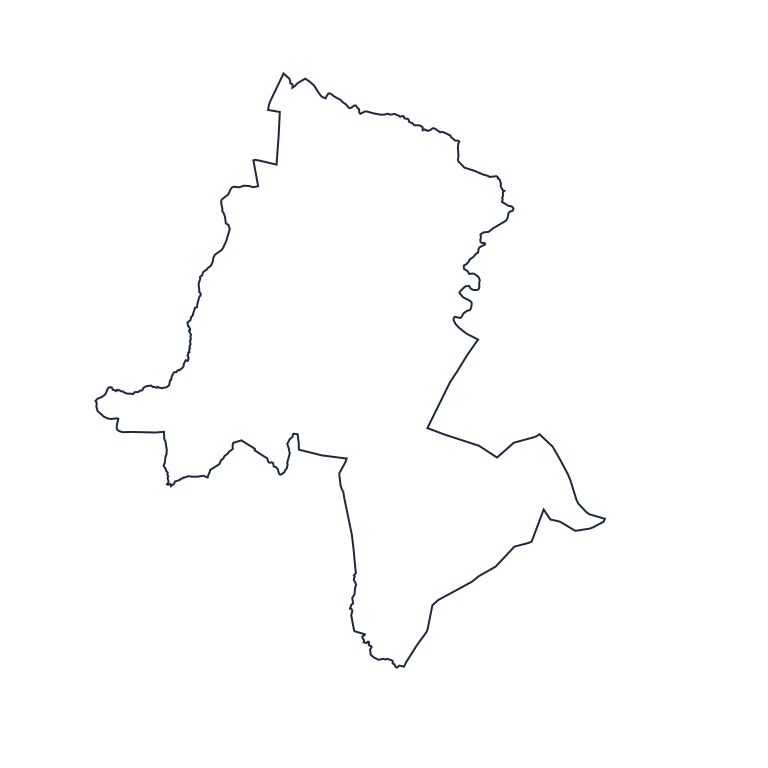 Chu Se, Gia Lai, Vietnam, rotated 24°
{"feature_id": "81297802B12572198720361", "entity_name": "Chu Se", "entity_type": "district", "adm_level": 2, "iso_a3": "VNM", "parent_name": "Vietnam", "parent_adm1": "Gia Lai", "projection": "albers", "projection_center": [108.095, 13.698], "detail": "fine", "context": "isolated", "style": "outline", "palette": "slate", "viewbox_px": 768, "rotation_deg": 24, "n_neighbors": 0, "source": "geoboundaries", "source_scale": "gbopen_adm2", "svg_char_len": 6165}
<svg xmlns="http://www.w3.org/2000/svg" viewBox="0 0 768 768"><g transform="rotate(24 384 384)"><path d="M127.3,516.8L129.2,518.0L130.4,521.6L133.2,525.1L141.0,527.7L145.3,527.9L148.9,527.0L154.4,523.8L155.5,523.9L156.8,530.8L157.6,532.6L159.1,534.4L161.0,534.7L163.3,534.6L165.6,534.0L172.1,530.8L194.9,521.3L202.4,517.2L205.7,523.7L207.8,525.5L212.4,532.6L213.9,536.7L214.0,539.4L215.7,544.9L215.9,548.3L219.5,550.7L220.5,552.1L222.4,552.8L222.8,554.7L224.6,556.3L224.6,558.1L226.7,560.5L227.1,561.9L226.5,563.9L227.4,564.0L229.3,562.5L230.0,562.4L230.9,563.9L232.8,560.6L232.8,558.0L236.4,554.8L236.7,553.6L238.3,552.3L238.9,550.8L240.0,550.5L242.8,547.7L246.5,546.7L251.7,544.3L256.3,541.3L260.9,541.1L260.5,538.2L260.6,535.3L260.1,533.3L266.2,524.2L266.2,519.5L267.3,518.1L267.7,514.5L269.5,511.4L269.8,509.3L272.1,505.3L272.1,504.3L270.8,502.1L270.2,499.1L276.7,493.5L292.4,495.7L292.8,497.2L305.4,499.2L307.1,499.1L310.0,502.1L310.9,502.5L311.9,502.3L313.3,501.2L314.5,501.2L315.3,501.9L316.7,504.2L319.5,503.9L321.7,505.1L324.3,508.3L326.1,509.1L327.5,507.7L327.7,506.9L328.8,505.3L328.8,503.1L329.5,500.5L329.0,498.8L329.0,497.4L327.6,495.2L326.2,486.0L323.5,481.9L320.0,478.1L320.3,472.9L321.7,470.1L321.9,468.6L321.3,466.7L321.8,466.1L325.5,465.1L330.0,472.3L332.9,478.6L356.2,474.5L380.2,467.3L380.5,471.6L379.5,483.5L380.0,485.0L385.6,494.4L388.3,497.3L390.8,499.2L393.7,503.8L416.1,535.0L423.1,546.8L435.2,568.3L434.3,571.1L435.6,571.9L435.9,575.0L440.1,578.5L440.5,581.8L442.6,588.1L442.0,592.4L445.0,597.0L443.9,599.0L444.3,603.0L445.5,602.6L447.3,604.0L448.2,608.7L456.6,620.9L457.4,621.7L458.2,621.8L468.2,620.4L468.5,620.8L466.9,623.6L467.5,624.5L470.0,626.2L470.4,628.3L473.2,627.8L474.1,625.9L475.1,625.7L476.4,628.9L478.7,628.7L479.7,629.3L479.3,632.4L480.8,634.5L481.3,636.0L482.5,637.0L486.7,638.0L491.0,638.2L495.1,635.4L497.4,635.1L498.8,633.7L504.2,633.3L504.9,633.9L505.5,635.8L507.6,635.8L509.4,637.6L510.6,637.9L511.6,637.4L512.2,635.5L512.9,634.9L517.2,634.1L517.4,629.3L520.3,609.2L523.7,593.3L523.6,590.3L518.2,566.5L521.4,559.3L544.7,528.9L548.7,521.1L560.3,505.3L569.3,479.5L580.7,470.4L583.0,467.9L580.9,433.7L591.0,440.1L600.6,438.2L618.6,440.3L630.8,432.4L633.4,429.8L640.7,420.4L640.7,417.3L624.4,419.5L620.6,418.6L609.9,414.1L606.7,411.3L593.5,396.2L588.6,391.6L575.7,381.5L563.5,372.6L546.3,366.6L544.9,369.3L542.6,371.7L526.5,384.8L517.2,405.2L496.0,401.8L459.2,405.6L441.6,406.6L443.6,355.4L445.7,343.0L448.3,323.4L451.8,305.2L438.7,304.4L429.6,302.1L425.1,300.2L421.6,297.3L421.0,296.2L420.9,294.7L421.6,293.7L426.0,292.9L427.4,292.0L427.9,287.2L430.0,283.5L432.5,281.4L432.6,278.9L431.6,275.3L430.6,273.7L428.5,273.0L421.1,272.6L416.1,270.3L415.7,268.9L418.1,262.6L419.3,261.2L422.0,259.8L424.3,261.6L427.5,261.7L430.9,260.2L431.7,259.3L431.9,258.1L431.5,256.2L430.1,253.6L429.2,250.1L427.3,248.2L425.2,247.3L421.7,246.7L420.1,247.0L417.0,248.8L414.2,246.8L410.5,246.4L409.0,244.2L408.9,242.9L410.4,241.3L411.7,237.6L411.5,236.4L411.9,235.0L413.9,231.8L415.1,227.6L416.5,225.7L415.4,221.7L415.7,220.3L419.5,215.5L419.3,214.8L418.3,214.4L416.3,215.3L414.6,215.1L413.4,213.3L412.9,210.5L411.5,208.7L411.4,208.0L413.3,205.0L417.6,202.5L420.7,196.9L429.0,185.2L429.4,182.4L428.3,177.2L428.8,175.4L431.1,173.3L431.1,171.4L430.6,170.8L428.4,169.8L425.5,170.6L417.7,169.7L417.5,167.4L416.3,166.1L416.2,163.9L414.6,160.5L415.4,158.6L413.7,158.7L410.2,156.0L409.3,153.3L406.3,150.1L404.5,150.0L404.1,149.0L402.3,148.4L396.2,151.9L394.3,151.6L389.5,152.3L379.5,152.5L369.5,153.6L361.6,150.5L360.3,149.1L359.4,145.7L355.2,137.6L354.0,133.8L354.3,132.4L353.9,131.7L352.0,131.7L350.5,132.6L349.6,132.6L344.4,131.0L343.6,130.0L338.2,129.8L334.4,130.0L333.0,131.2L327.0,130.0L325.0,130.2L324.2,130.9L323.2,133.0L321.3,134.9L319.5,134.8L318.8,135.3L317.7,134.8L316.1,136.4L314.8,133.7L313.1,133.3L311.2,133.3L306.4,135.3L304.0,134.3L300.5,134.3L298.9,132.5L297.9,132.1L295.1,133.0L293.9,132.5L293.4,131.6L291.9,131.6L290.1,133.4L288.0,132.8L285.8,133.1L283.9,132.9L280.7,135.1L279.7,135.5L278.5,135.3L276.9,135.9L275.4,137.4L271.8,139.2L264.4,141.0L257.0,142.1L255.3,143.3L252.5,146.8L250.9,146.0L249.5,143.1L247.4,142.6L245.4,141.3L244.5,141.2L243.6,141.7L241.5,145.2L239.9,146.1L235.2,144.0L230.8,143.1L229.1,142.2L221.9,141.6L217.4,140.6L215.6,140.7L215.1,141.2L214.5,144.4L214.5,146.8L210.3,146.9L206.0,144.7L198.8,139.8L193.1,138.0L187.8,137.1L183.3,143.5L182.1,145.5L181.8,147.3L179.8,150.6L178.6,147.5L176.0,147.3L175.0,145.3L173.3,143.6L165.9,141.2L165.1,171.4L165.3,175.6L166.6,180.8L178.2,177.9L186.8,200.1L196.6,227.3L178.2,230.8L175.1,231.7L173.7,232.8L188.6,254.5L184.7,257.3L180.1,258.1L175.4,259.8L171.7,263.2L166.3,265.0L165.2,266.3L164.7,268.1L164.6,274.3L160.9,281.1L160.7,282.4L161.7,285.0L165.3,289.9L165.6,291.5L168.0,293.1L170.8,296.0L174.1,301.5L177.2,302.0L180.1,305.2L181.7,317.3L181.6,325.4L181.2,327.6L176.9,334.8L176.8,338.9L177.7,340.6L177.8,346.3L175.8,350.0L175.5,351.7L173.8,354.1L173.3,355.8L173.7,358.7L172.4,361.1L173.4,362.7L173.8,367.4L174.9,369.9L176.7,372.6L177.7,375.0L179.3,375.6L180.4,377.1L179.9,379.5L180.3,382.8L181.0,387.1L182.0,389.9L180.4,391.1L181.0,397.8L181.5,399.1L180.6,401.1L181.2,404.4L179.4,407.8L181.5,410.8L183.1,411.4L184.8,413.2L184.9,413.7L184.2,414.5L184.6,415.2L187.7,417.5L187.8,419.2L189.4,421.8L189.2,423.3L191.1,426.4L191.0,429.1L192.3,430.3L192.1,432.1L193.3,434.0L192.4,434.9L193.1,435.9L192.9,437.9L194.2,438.7L194.4,439.8L195.1,440.1L195.4,442.5L195.2,442.8L193.2,442.9L193.0,447.0L193.7,449.8L193.3,451.2L191.5,454.7L190.4,454.9L189.7,456.4L189.6,457.5L187.7,458.5L187.3,459.0L187.0,463.3L187.8,466.8L187.1,467.7L188.2,472.5L187.2,474.7L185.7,476.3L184.1,477.0L182.9,478.3L180.9,478.4L179.8,478.9L178.4,478.6L177.7,480.0L175.7,479.9L174.0,480.8L172.1,480.1L167.8,482.6L165.8,485.4L165.9,487.0L165.3,488.5L163.7,489.4L162.9,491.2L159.4,493.0L159.0,494.9L158.4,495.6L157.3,495.5L153.8,497.1L151.9,497.4L149.9,497.4L148.8,496.9L146.9,497.6L144.3,497.3L143.5,498.1L142.5,497.9L141.9,499.6L140.3,499.2L138.9,499.6L136.5,497.8L134.0,499.0L133.5,500.6L133.7,505.6L133.2,507.8L131.2,511.0L128.4,513.8L127.3,516.8Z" fill="none" stroke="#1e293b" stroke-width="2"/></g></svg>